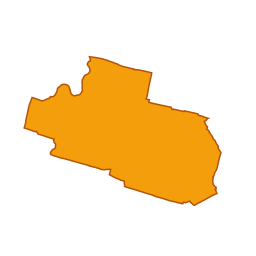 outline of Strejesti, Olt, Romania, rotated 193°
{"feature_id": "2599482B96898604937007", "entity_name": "Strejesti", "entity_type": "district", "adm_level": 2, "iso_a3": "ROU", "parent_name": "Romania", "parent_adm1": "Olt", "projection": "albers", "projection_center": [24.239, 44.525], "detail": "fine", "context": "isolated", "style": "filled", "palette": "amber", "viewbox_px": 256, "rotation_deg": 193, "n_neighbors": 0, "source": "geoboundaries", "source_scale": "gbopen_adm2", "svg_char_len": 5597}
<svg xmlns="http://www.w3.org/2000/svg" viewBox="0 0 256 256"><g transform="rotate(193 128 128)"><path d="M181.6,188.8L180.6,187.2L180.0,186.1L179.9,185.6L179.8,185.2L179.7,184.8L179.9,184.6L180.4,184.6L180.9,184.3L181.2,184.0L182.0,182.0L182.0,181.0L181.7,180.5L181.5,180.2L180.9,179.6L180.5,179.4L179.6,178.6L178.9,177.6L178.2,176.4L178.0,175.5L178.0,174.8L178.1,174.1L178.3,173.1L178.7,172.5L179.2,171.7L179.9,171.1L180.9,170.4L181.9,169.5L182.2,169.0L182.5,168.0L182.7,167.4L182.8,166.9L182.7,166.6L182.8,166.3L183.0,165.8L183.2,165.3L183.4,164.7L183.4,163.8L183.2,163.1L183.1,162.8L183.0,162.6L183.0,162.2L182.9,161.8L182.8,161.2L182.7,160.9L182.4,160.4L182.3,160.2L182.2,159.5L182.0,158.8L181.8,157.7L181.8,157.2L181.8,156.7L181.7,156.3L181.3,155.8L181.1,155.0L181.0,154.1L181.1,153.2L181.2,152.8L181.5,151.7L182.1,150.5L182.8,149.6L183.5,149.0L184.1,148.8L184.7,148.8L185.4,148.4L186.2,147.8L187.1,147.4L188.0,147.2L189.3,147.6L190.5,148.0L191.2,148.6L191.8,149.6L192.3,150.8L192.8,151.7L193.5,152.9L194.2,154.0L194.7,154.8L195.1,155.2L195.7,155.6L196.9,156.2L197.5,156.3L199.0,156.4L200.5,156.1L201.6,155.7L202.5,155.0L203.8,153.0L205.0,151.8L205.6,150.5L205.5,149.5L205.4,148.6L205.6,147.0L206.0,145.7L206.1,144.8L206.3,144.3L206.7,143.4L207.3,142.5L208.2,141.6L208.9,141.4L209.7,141.4L210.1,141.4L210.8,140.8L210.9,140.3L211.6,139.1L213.6,138.0L214.9,136.8L216.4,135.9L217.1,135.3L217.5,135.2L218.1,135.1L228.3,136.2L229.4,127.9L229.3,117.1L229.3,112.6L228.9,109.4L229.1,105.7L229.2,104.7L224.8,104.3L218.3,103.6L217.8,103.5L217.3,103.6L216.8,103.8L216.4,104.1L215.8,103.4L214.4,102.1L214.1,101.9L213.6,101.8L213.1,101.8L211.7,101.7L200.6,100.7L198.4,100.5L197.6,100.5L197.6,99.8L197.6,99.1L197.5,98.8L196.7,97.3L196.5,97.1L196.3,97.0L195.9,96.7L195.4,96.5L195.1,96.4L194.9,96.0L194.6,93.9L194.4,93.3L194.4,92.6L194.4,92.1L194.7,91.5L195.0,91.1L195.6,90.9L196.1,90.5L196.5,90.1L197.0,89.3L197.3,88.5L197.8,87.5L197.9,86.9L198.0,86.5L197.9,86.0L197.8,85.5L197.4,84.8L193.2,84.2L192.0,84.2L191.1,84.1L189.3,83.9L186.4,83.7L184.7,83.8L179.6,83.6L177.3,83.6L176.2,83.5L175.5,83.4L175.2,83.3L174.9,83.3L174.1,83.4L164.4,82.9L157.9,82.6L157.0,82.5L157.0,82.3L155.4,82.3L152.7,82.2L152.6,82.3L152.4,82.4L149.4,82.1L148.7,82.1L147.2,82.0L146.4,81.8L145.4,81.7L144.4,81.7L143.6,81.8L143.2,81.7L142.6,81.8L141.5,82.0L141.2,82.2L140.8,82.4L138.4,83.1L137.4,83.4L136.3,83.7L135.5,83.7L135.6,78.2L135.2,78.1L134.9,78.2L133.5,77.7L132.5,77.5L130.9,77.0L129.1,76.7L128.1,76.4L127.8,76.4L127.1,76.3L125.2,75.9L123.7,75.6L122.8,75.5L121.7,75.5L121.5,75.4L121.2,75.5L120.5,75.5L120.2,75.4L119.8,75.4L119.6,74.9L118.1,70.3L116.3,70.0L107.9,69.5L102.8,69.1L96.5,68.6L92.6,68.3L90.9,68.3L88.4,68.0L86.3,67.6L86.1,67.5L85.3,67.4L83.3,67.4L78.3,67.2L75.5,66.9L74.4,66.9L74.0,66.8L73.8,66.7L72.3,66.7L72.0,66.6L71.9,66.5L71.5,66.5L70.5,66.5L69.0,66.5L67.2,66.6L65.4,66.6L63.7,66.5L62.9,66.5L62.6,66.4L61.6,66.4L60.6,66.5L59.7,66.5L58.5,66.4L57.6,66.5L57.3,68.1L55.9,68.3L55.7,68.2L55.4,68.0L55.2,68.2L53.2,69.5L51.8,70.4L51.5,70.5L51.2,70.7L50.9,70.3L50.8,70.0L50.7,69.8L46.2,67.5L45.5,68.0L45.0,68.4L44.2,69.2L43.4,69.9L42.7,70.5L41.8,71.3L40.5,72.3L40.3,72.5L39.9,73.0L39.5,73.4L39.1,73.7L38.6,74.1L37.4,75.0L36.7,75.8L35.5,76.8L34.4,77.8L33.4,78.7L32.3,79.7L31.3,80.6L28.2,83.1L26.8,84.0L26.6,84.1L27.6,85.6L27.8,85.9L29.2,87.8L29.3,88.0L29.1,88.2L28.4,88.5L28.7,89.1L28.7,89.5L28.8,89.7L28.9,90.2L29.6,90.3L30.8,91.0L31.6,91.6L32.0,92.0L32.9,93.5L33.1,93.9L33.2,94.1L33.3,94.5L33.3,95.0L33.4,95.5L33.6,95.8L33.7,96.4L33.8,97.4L33.7,97.8L33.8,98.0L33.9,98.7L34.1,99.1L34.2,99.3L33.8,99.3L33.7,99.8L33.7,100.1L33.7,101.1L33.5,102.5L33.5,103.4L33.2,104.5L33.0,105.2L32.4,107.2L32.4,108.3L32.3,108.5L32.2,109.2L32.2,112.0L32.2,114.8L32.2,117.8L32.3,118.7L32.3,119.5L32.1,121.0L32.1,121.5L32.0,123.0L32.0,124.1L31.9,124.8L32.0,125.2L32.3,125.4L32.7,125.7L33.1,126.1L33.2,126.3L33.6,126.6L34.0,126.9L34.6,127.4L35.1,127.9L35.3,128.3L35.6,128.7L35.8,129.4L35.9,129.9L35.9,130.3L36.1,130.3L36.5,130.9L36.6,131.1L37.5,131.9L38.5,132.8L39.0,133.3L39.7,134.5L40.1,135.0L40.4,135.3L41.6,136.1L42.0,136.2L42.3,136.4L42.5,136.6L43.0,137.2L43.6,138.3L44.0,138.7L44.8,139.5L45.1,139.8L45.9,140.4L46.4,140.8L46.9,141.5L47.3,141.7L47.5,141.8L47.7,142.0L47.9,142.6L48.0,142.8L48.3,143.1L49.2,143.8L49.6,144.1L50.2,144.3L50.5,144.4L50.8,144.5L51.1,144.7L50.7,146.9L51.5,147.4L52.1,147.8L52.4,148.1L52.8,148.6L55.2,151.5L54.9,151.8L53.9,152.7L53.5,153.4L53.3,153.9L53.0,154.3L52.8,154.7L52.5,155.1L52.0,155.5L56.9,155.8L57.2,156.1L62.4,156.2L62.5,156.4L62.5,156.6L62.5,156.9L62.7,157.0L63.1,157.3L63.3,157.5L77.0,157.4L77.0,156.6L87.7,156.6L88.8,155.9L89.1,155.9L89.5,156.5L90.5,157.8L90.8,158.0L91.3,158.0L91.5,157.8L92.4,157.8L94.8,157.8L96.2,157.8L98.7,157.8L98.8,157.7L99.2,157.7L108.8,157.6L113.5,157.6L113.6,158.0L113.5,159.1L113.6,160.1L113.6,160.3L116.2,160.2L116.4,160.3L116.9,160.3L116.9,160.5L116.7,162.0L116.6,163.1L116.7,166.1L116.7,167.1L116.8,167.7L116.8,168.0L116.9,169.6L116.9,170.7L116.9,170.8L117.0,171.1L117.1,173.7L117.1,175.0L117.0,175.4L117.1,176.1L117.1,177.7L117.1,181.3L117.2,183.4L117.1,184.3L117.2,186.3L117.3,187.1L119.6,187.1L123.1,187.1L124.0,187.2L128.0,187.1L131.6,187.0L132.1,187.0L132.6,186.7L133.0,186.6L133.4,186.5L134.4,186.3L135.0,186.3L135.0,186.8L138.7,186.7L139.3,186.7L139.7,186.7L141.2,186.8L142.0,186.8L145.5,186.8L146.3,186.8L147.4,186.8L149.0,187.0L152.6,187.7L152.7,187.8L152.8,188.1L153.3,188.0L154.9,188.1L157.8,188.6L162.7,189.1L163.7,189.3L168.5,189.6L169.6,189.6L172.4,189.5L175.1,189.4L180.3,188.9L181.6,188.8Z" fill="#f59e0b" stroke="#b45309" stroke-width="1.5"/></g></svg>